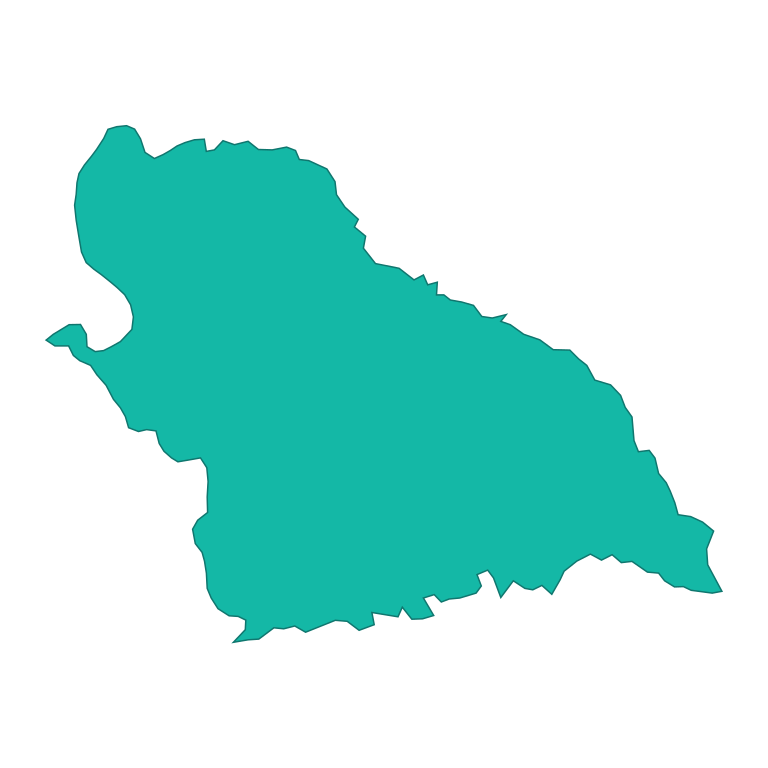 São Marcos, Rio Grande do Sul, Brazil
{"feature_id": "56859067B15820019194660", "entity_name": "São Marcos", "entity_type": "district", "adm_level": 2, "iso_a3": "BRA", "parent_name": "Brazil", "parent_adm1": "Rio Grande do Sul", "projection": "natural_earth1", "projection_center": [-51.072, -28.957], "detail": "fine", "context": "isolated", "style": "filled", "palette": "teal", "viewbox_px": 768, "rotation_deg": 0, "n_neighbors": 0, "source": "geoboundaries", "source_scale": "gbopen_adm2", "svg_char_len": 2386}
<svg xmlns="http://www.w3.org/2000/svg" viewBox="0 0 768 768"><path d="M46.1,340.1L54.9,345.9L68.6,345.9L73.4,355.5L79.8,360.7L90.6,365.4L96.9,374.8L106.1,385.3L113.5,399.4L120.4,407.8L125.4,416.6L128.6,427.7L138.5,431.5L146.6,429.6L156.0,430.9L159.2,443.5L164.0,451.3L171.5,457.9L177.9,461.8L188.6,460.0L200.5,457.9L206.8,467.7L208.1,481.5L207.2,496.9L207.6,512.5L197.7,520.2L192.6,529.2L195.3,543.6L202.1,552.4L204.5,561.1L206.4,573.1L207.2,588.4L211.2,598.0L218.0,608.7L229.1,615.8L238.2,616.4L245.8,620.1L245.3,629.7L233.4,642.3L248.1,639.8L258.8,639.1L273.9,627.8L283.7,628.8L294.8,626.0L305.6,632.2L335.3,620.3L347.2,621.3L359.1,630.3L374.2,624.7L371.9,612.5L398.0,616.8L402.3,607.2L411.8,619.2L422.6,618.8L433.7,615.5L423.4,598.0L434.2,594.6L441.3,602.0L449.2,599.0L459.8,598.0L476.1,593.1L481.3,586.0L477.0,574.6L487.7,570.1L493.5,577.9L500.8,597.5L513.3,580.8L524.9,588.4L532.8,589.8L541.9,585.4L551.8,594.3L560.1,579.8L564.1,571.2L576.8,561.1L590.4,554.1L601.5,560.1L612.1,554.7L621.3,562.6L632.0,561.4L647.4,572.1L658.6,573.1L664.6,580.8L674.5,586.9L683.4,586.6L691.2,590.3L712.2,593.1L721.9,591.3L707.7,564.8L706.6,548.9L713.6,531.1L702.6,522.1L690.7,516.6L678.1,514.7L674.8,502.7L670.2,491.1L666.2,482.7L658.6,473.5L655.0,458.1L649.2,450.4L638.4,451.7L634.0,440.6L632.0,417.0L625.2,407.4L620.6,395.4L610.6,384.9L594.8,380.1L586.8,365.4L578.6,358.9L569.8,350.1L553.2,349.7L539.9,339.9L523.7,334.3L510.3,324.7L500.8,321.4L506.2,314.6L492.3,318.0L481.8,316.5L473.5,305.4L461.6,302.0L450.3,300.0L443.9,294.9L436.5,294.9L437.3,282.2L427.7,284.8L423.4,275.0L414.0,279.9L399.1,268.3L375.5,263.6L363.4,248.2L365.6,236.2L354.4,227.0L358.3,219.3L344.9,207.1L336.5,194.7L335.0,181.6L326.9,169.0L308.7,160.6L299.3,159.5L295.5,150.5L286.6,147.1L272.2,149.9L258.4,149.5L248.1,141.3L234.5,144.7L223.0,140.7L214.4,149.9L206.3,151.4L204.3,139.2L194.4,139.8L185.0,142.6L177.0,146.0L170.3,150.5L163.1,154.6L154.4,158.5L145.0,152.4L140.5,138.8L134.6,129.1L126.6,125.7L116.7,126.7L108.0,129.3L103.7,138.5L96.6,149.4L91.6,156.1L84.5,164.9L79.0,173.5L77.0,182.7L76.2,194.2L74.6,205.2L76.2,220.3L78.7,235.6L81.5,252.0L86.2,262.6L94.1,269.4L101.2,274.5L110.8,282.2L117.2,287.6L124.7,294.7L130.6,304.8L133.4,316.9L131.9,329.4L120.4,341.6L111.3,346.7L103.6,350.6L95.2,351.6L87.0,346.7L86.3,334.3L80.5,324.5L69.1,324.7L53.3,334.3L46.1,340.1Z" fill="#14b8a6" stroke="#0f766e" stroke-width="1.5"/></svg>